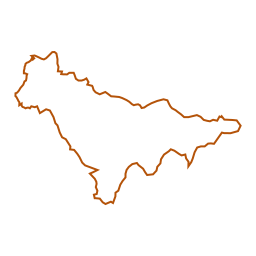 Skoulli, Paphos, Cyprus
{"feature_id": "46923920B79729634481944", "entity_name": "Skoulli", "entity_type": "district", "adm_level": 2, "iso_a3": "CYP", "parent_name": "Cyprus", "parent_adm1": "Paphos", "projection": "orthographic", "projection_center": [32.459, 34.975], "detail": "fine", "context": "isolated", "style": "outline", "palette": "amber", "viewbox_px": 256, "rotation_deg": 0, "n_neighbors": 0, "source": "geoboundaries", "source_scale": "gbopen_adm2", "svg_char_len": 2350}
<svg xmlns="http://www.w3.org/2000/svg" viewBox="0 0 256 256"><path d="M219.5,116.5L217.2,120.7L213.1,119.8L209.9,121.3L207.1,120.8L203.7,119.9L200.6,116.8L198.2,115.7L196.9,115.1L188.6,117.1L184.1,117.1L181.1,114.4L177.7,111.9L175.6,110.2L172.0,108.3L170.4,106.4L169.0,103.8L167.4,100.3L163.5,99.3L157.1,101.0L151.5,103.2L147.2,105.5L144.3,107.5L141.6,108.0L140.0,105.3L138.1,104.3L135.6,104.7L133.8,105.2L132.0,104.2L129.3,101.8L126.6,100.1L122.1,98.0L119.2,97.0L114.1,96.5L111.1,96.3L110.6,95.9L107.6,93.6L105.3,92.0L99.7,94.3L95.6,92.3L93.6,90.0L92.6,86.7L92.1,85.8L87.3,84.6L88.5,82.1L86.4,78.4L84.2,79.7L81.7,80.5L78.4,80.5L75.9,78.8L74.6,75.0L73.7,72.8L69.3,72.8L67.1,74.4L63.2,74.3L61.2,74.1L62.0,71.5L57.9,71.3L58.5,66.9L57.4,63.7L57.5,59.2L56.4,53.5L54.5,52.0L52.3,52.1L49.8,54.6L47.7,56.7L46.0,58.3L43.9,59.4L41.6,58.8L38.9,57.4L36.3,56.2L34.6,55.5L31.6,55.9L34.2,58.3L32.7,59.7L31.7,58.6L30.8,60.5L28.6,62.1L26.7,62.8L25.5,63.9L25.3,65.3L24.6,66.9L24.5,68.6L23.9,70.8L23.9,73.3L25.2,73.4L27.2,74.2L26.6,75.7L26.5,78.0L26.0,80.5L24.5,81.4L23.3,84.7L20.5,87.9L18.9,90.6L17.1,92.7L15.5,93.3L15.5,94.9L15.4,96.0L16.5,97.2L17.4,98.9L17.8,99.6L18.5,101.1L19.4,102.3L19.3,105.2L21.6,103.6L21.6,105.6L22.5,106.9L24.2,107.5L25.5,108.3L27.1,107.7L28.7,107.7L29.9,108.3L31.3,106.3L34.8,107.2L37.1,106.3L39.9,113.1L46.1,109.3L49.9,110.5L53.5,117.1L55.4,123.2L57.5,125.4L59.7,132.4L62.1,137.3L65.8,139.2L70.4,146.4L70.1,149.4L74.1,149.9L77.3,153.8L79.5,157.1L82.2,162.6L85.1,165.4L97.5,170.0L93.1,172.2L89.9,173.6L94.8,178.8L96.3,181.7L96.6,183.9L95.8,187.1L97.4,190.7L96.7,194.0L93.9,194.7L94.7,198.2L95.7,198.2L99.8,198.6L102.7,202.3L105.5,204.0L110.9,201.7L113.0,203.0L115.4,196.4L115.5,192.7L118.3,190.7L120.3,184.7L122.5,181.1L125.5,177.4L125.5,173.8L126.6,169.9L128.8,166.9L132.3,164.1L136.9,163.0L138.5,165.1L143.1,168.7L145.0,172.0L147.1,175.0L153.1,174.3L153.7,173.6L156.5,170.6L157.3,166.8L160.4,163.4L161.0,159.3L164.0,154.6L168.9,151.2L170.8,149.3L174.4,150.7L179.3,154.1L181.6,155.4L185.3,154.5L186.1,158.4L188.5,161.8L188.4,166.3L190.6,163.1L191.2,162.3L192.7,158.6L194.6,152.3L197.2,147.5L200.9,146.4L204.7,146.4L208.1,143.6L210.9,143.4L214.0,143.8L221.9,132.6L224.0,133.1L230.5,133.2L238.0,131.1L240.6,125.7L236.7,120.4L232.6,120.0L224.3,119.6L221.7,116.3L221.2,117.1L219.5,116.5Z" fill="none" stroke="#b45309" stroke-width="2"/></svg>